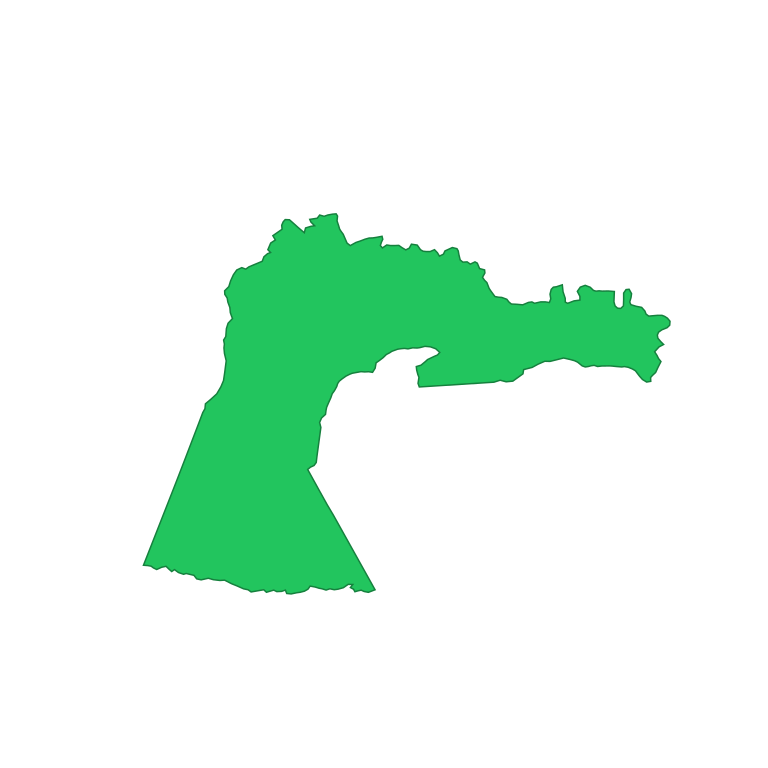 Pires do Rio, Goiás, Brazil, rotated 249°
{"feature_id": "56859067B52460310339831", "entity_name": "Pires do Rio", "entity_type": "district", "adm_level": 2, "iso_a3": "BRA", "parent_name": "Brazil", "parent_adm1": "Goiás", "projection": "mercator", "projection_center": [-48.385, -17.309], "detail": "fine", "context": "isolated", "style": "filled", "palette": "green", "viewbox_px": 768, "rotation_deg": 249, "n_neighbors": 0, "source": "geoboundaries", "source_scale": "gbopen_adm2", "svg_char_len": 4309}
<svg xmlns="http://www.w3.org/2000/svg" viewBox="0 0 768 768"><g transform="rotate(249 384 384)"><path d="M320.7,659.2L324.3,657.6L328.5,656.1L331.7,656.7L334.0,658.9L335.0,662.8L335.1,668.5L336.5,671.8L340.1,673.5L343.9,672.2L346.6,670.2L348.5,668.1L350.1,663.9L352.5,655.5L355.4,653.7L358.7,653.7L363.2,652.0L366.3,647.1L369.6,642.9L372.5,642.8L376.2,645.6L379.6,647.5L384.6,646.8L385.4,643.8L383.0,640.3L376.7,637.9L371.1,635.5L369.7,632.1L371.1,629.2L374.1,627.7L378.3,628.1L387.8,632.2L390.5,626.6L392.5,621.0L393.9,618.2L394.7,615.2L396.3,613.1L400.4,611.2L404.0,607.2L404.1,602.0L401.2,597.7L395.6,598.3L392.1,597.0L393.5,591.2L393.5,584.4L395.5,582.6L399.1,583.9L405.9,584.2L412.7,586.0L413.0,579.8L413.7,576.8L412.4,574.0L408.4,571.2L403.7,570.2L400.8,567.6L402.8,564.1L404.5,559.7L405.4,553.5L407.6,551.5L408.4,548.1L408.2,541.9L410.8,536.6L413.0,531.6L415.8,530.0L419.1,529.0L422.6,525.0L424.0,522.0L425.9,518.9L432.5,517.1L435.6,516.4L441.8,516.4L444.9,515.0L448.3,514.2L451.5,518.0L454.5,518.8L457.5,514.6L463.4,514.4L465.4,512.7L465.0,507.5L468.2,505.4L469.5,501.3L472.5,499.6L478.1,500.3L481.6,501.0L484.2,500.6L486.9,496.7L486.4,488.6L483.9,486.0L483.5,481.6L487.4,480.9L491.3,479.3L491.1,474.5L492.5,470.9L494.0,468.0L496.3,466.2L501.8,464.8L504.7,459.7L501.8,456.3L501.4,452.4L504.8,449.7L508.1,447.5L509.3,443.9L510.9,439.7L512.8,436.4L511.6,431.3L514.6,430.2L517.5,432.6L519.5,434.7L522.6,435.1L523.6,429.6L524.4,425.9L525.6,422.4L526.0,418.1L526.0,412.9L526.2,408.5L525.3,402.1L528.8,400.0L533.3,399.8L538.4,399.6L542.0,398.6L544.5,398.1L548.4,398.4L553.1,398.6L557.4,400.8L560.0,400.3L561.0,396.9L561.9,392.1L562.0,388.2L564.8,384.5L562.7,381.1L564.3,373.7L561.4,373.8L556.6,375.9L557.4,372.1L557.8,366.7L553.8,363.8L561.1,359.8L566.8,356.9L571.2,354.6L572.9,350.7L571.6,348.1L568.9,345.4L565.0,344.3L562.3,333.4L557.4,334.2L556.2,328.7L551.0,323.7L547.4,325.2L547.4,322.0L545.8,317.5L542.2,314.3L541.8,300.0L540.8,296.1L543.6,292.9L543.2,287.4L540.0,282.6L535.2,277.7L530.5,274.0L528.1,268.6L524.7,267.5L520.5,268.4L516.4,267.6L510.6,267.5L505.7,266.1L502.5,266.0L499.4,266.0L496.6,260.2L492.2,256.7L485.0,253.3L482.5,250.0L478.5,249.3L475.0,247.5L469.7,246.0L462.2,245.0L457.4,242.4L451.8,239.4L444.7,235.4L439.9,230.8L434.7,224.3L431.8,216.9L429.5,210.2L425.1,208.0L422.3,204.6L414.1,197.3L384.6,170.8L368.9,156.6L360.0,148.5L301.0,94.5L299.1,98.5L297.4,101.3L295.0,102.8L292.3,105.3L292.6,110.8L291.9,115.2L288.0,117.0L285.0,118.6L285.8,121.9L281.7,124.5L278.2,128.7L278.0,131.4L273.5,138.0L269.2,139.3L266.7,143.1L265.6,150.4L262.5,154.5L259.4,160.4L258.0,164.9L252.2,170.1L248.1,174.5L243.1,179.5L240.6,183.4L237.5,185.4L235.0,198.0L231.7,199.6L231.1,207.2L228.6,209.5L227.1,214.1L226.9,218.1L223.3,218.1L221.3,222.1L220.4,227.7L219.6,231.1L219.1,235.5L219.7,239.5L221.8,242.6L219.1,247.0L216.6,250.2L214.9,252.9L212.4,256.1L212.2,260.1L209.8,263.8L208.9,267.6L208.4,273.1L209.8,278.8L208.0,283.0L206.0,279.7L203.3,282.0L200.5,282.4L200.2,285.8L199.7,288.8L197.4,291.1L195.1,294.8L195.1,301.9L280.0,289.7L291.6,287.7L309.2,285.2L331.6,282.1L332.7,285.4L333.0,289.5L335.0,292.6L340.9,295.7L366.1,309.5L371.2,310.1L374.7,313.6L376.6,318.5L380.3,320.5L382.8,322.1L385.6,324.8L390.3,329.5L393.5,332.2L395.5,335.3L398.5,338.9L401.0,340.9L402.7,343.3L403.8,346.7L405.0,351.4L405.4,355.5L405.4,358.3L403.8,366.9L402.2,370.3L401.0,374.0L399.0,377.5L401.9,381.4L406.6,384.2L407.6,388.2L408.9,392.6L410.7,396.8L411.1,400.3L411.7,403.1L411.6,409.2L410.9,412.4L409.9,415.9L408.2,419.0L407.5,423.7L405.7,427.9L405.1,430.5L404.5,435.7L402.1,440.6L398.4,444.9L393.5,447.4L391.9,444.3L391.8,441.0L391.2,433.4L390.1,430.6L388.3,425.3L388.7,420.4L385.3,419.5L380.8,419.0L377.7,419.0L372.4,416.0L368.6,415.9L346.3,487.3L345.9,493.8L342.3,498.8L340.5,505.3L343.7,517.4L347.4,519.5L346.4,528.3L347.3,535.0L347.6,542.3L345.6,547.1L343.9,561.0L340.0,566.8L337.5,570.2L335.0,572.6L329.9,575.5L327.8,578.0L327.1,581.1L326.8,584.0L326.1,586.9L323.8,589.7L322.8,593.6L320.1,601.0L318.9,603.6L317.2,606.9L314.7,612.1L314.1,614.7L312.1,618.0L309.0,621.3L306.2,623.5L303.3,624.3L299.6,625.4L295.6,626.9L291.7,629.9L290.9,634.0L294.5,635.2L295.8,637.7L297.4,641.7L301.2,645.6L305.7,650.6L309.4,649.4L312.9,649.1L317.1,648.2L320.1,654.1L320.7,659.2Z" fill="#22c55e" stroke="#15803d" stroke-width="1.5"/></g></svg>